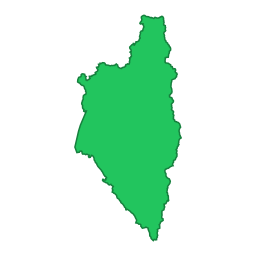 Umphang, Tak, Thailand
{"feature_id": "78962969B38032656496356", "entity_name": "Umphang", "entity_type": "district", "adm_level": 2, "iso_a3": "THA", "parent_name": "Thailand", "parent_adm1": "Tak", "projection": "albers", "projection_center": [98.923, 15.785], "detail": "fine", "context": "isolated", "style": "filled", "palette": "green", "viewbox_px": 256, "rotation_deg": 0, "n_neighbors": 0, "source": "geoboundaries", "source_scale": "gbopen_adm2", "svg_char_len": 5785}
<svg xmlns="http://www.w3.org/2000/svg" viewBox="0 0 256 256"><path d="M180.6,127.2L179.6,123.9L178.3,122.5L176.6,122.0L176.5,121.7L175.5,121.6L174.7,121.2L174.7,120.1L173.5,119.3L173.6,118.7L173.3,118.4L173.6,116.9L173.4,116.3L173.9,115.2L173.1,114.4L173.0,113.8L173.6,111.9L173.2,111.1L172.0,110.4L171.9,109.7L171.5,109.4L172.0,108.0L172.0,107.2L171.5,106.6L171.7,105.4L171.4,104.7L171.6,103.8L173.3,102.0L173.5,100.9L173.0,100.0L172.3,99.6L172.1,98.2L171.6,97.6L170.6,97.5L170.5,97.2L169.6,97.0L169.5,96.5L169.5,95.0L170.4,94.7L170.8,93.5L171.6,93.1L172.0,91.8L171.7,88.9L170.9,86.9L171.2,83.0L171.7,81.6L171.7,80.3L172.0,79.8L173.6,79.1L175.0,78.7L175.6,77.6L176.6,76.7L176.4,76.0L177.2,74.1L176.7,73.7L176.6,73.0L175.7,72.7L175.2,71.8L175.2,71.2L175.6,70.7L175.5,69.3L175.2,68.9L174.7,68.7L173.0,68.9L172.2,66.6L171.0,66.6L170.6,64.7L169.6,64.3L168.4,63.3L165.7,62.9L165.1,62.3L165.2,61.5L165.0,61.1L165.3,58.7L165.2,57.9L166.1,57.6L166.2,57.3L166.6,57.4L168.3,57.2L168.7,54.1L169.3,53.0L169.3,51.3L170.5,50.4L170.7,49.0L170.3,47.2L169.4,46.6L169.1,45.3L167.8,44.1L167.6,43.1L166.0,42.0L166.0,41.5L165.7,40.5L165.0,40.0L164.8,39.3L164.7,37.6L164.3,36.5L164.5,35.4L163.7,33.5L164.1,32.2L165.2,31.3L165.7,30.4L165.1,29.1L165.6,27.8L165.4,27.7L165.3,25.6L164.5,25.4L164.2,25.0L163.8,25.0L163.6,24.0L164.1,22.1L163.6,21.5L163.8,20.2L163.4,19.3L163.6,18.2L162.7,16.6L161.8,16.3L160.9,16.7L160.9,17.0L160.6,17.2L159.8,17.2L159.5,17.6L158.5,18.0L157.1,18.1L155.0,17.3L153.8,18.5L152.4,17.8L151.5,17.8L151.1,17.4L150.3,17.7L148.5,16.7L146.0,16.5L144.7,15.4L143.4,15.4L141.5,16.6L141.3,17.9L141.9,19.2L141.3,21.4L140.4,22.2L139.9,23.3L140.4,24.0L141.9,23.7L143.0,23.9L142.7,24.5L143.4,25.2L143.6,26.2L143.9,26.6L143.8,27.4L143.4,27.9L142.6,30.8L141.2,31.0L140.2,32.5L140.5,33.3L139.5,36.9L140.1,37.6L140.2,38.1L139.3,39.2L139.0,40.6L138.4,41.1L137.3,41.7L136.0,41.8L136.0,42.6L135.0,43.4L135.0,44.0L134.4,45.1L134.1,45.1L133.8,43.9L133.3,43.5L132.9,44.4L132.0,44.7L129.7,47.1L129.8,48.1L130.1,48.9L130.8,49.3L131.3,51.2L131.0,51.8L130.4,51.7L130.0,52.1L131.2,53.2L131.0,54.0L131.4,55.3L131.4,56.4L130.7,56.8L130.6,57.5L129.4,58.0L129.5,58.5L130.0,58.9L129.7,60.1L129.6,61.5L129.3,61.9L129.6,62.7L128.9,64.2L127.7,63.8L127.3,64.3L126.0,64.5L125.4,65.5L125.6,66.2L124.3,67.2L123.2,67.2L122.7,67.7L122.1,67.7L121.3,68.5L119.8,68.1L118.4,67.3L117.7,65.9L117.6,65.0L116.9,64.7L116.4,64.0L115.4,64.5L114.8,65.5L114.2,65.3L112.5,65.6L111.6,65.4L110.3,65.9L108.3,65.2L105.6,64.9L105.0,63.4L104.1,62.8L102.5,62.7L101.1,63.5L100.1,63.2L100.0,64.0L98.5,64.3L99.0,65.5L98.4,67.1L97.5,67.0L96.5,67.3L97.0,68.6L97.9,69.5L97.9,70.1L97.4,71.2L95.2,72.5L95.2,73.0L95.8,73.5L95.9,73.9L95.2,74.5L94.4,74.6L92.4,75.5L92.0,75.5L91.7,76.4L90.3,76.2L89.3,76.3L89.4,77.0L90.1,78.5L89.4,78.7L89.1,79.4L88.3,79.6L87.1,80.5L86.8,80.1L86.1,80.0L85.6,77.2L86.2,76.6L85.0,75.8L84.7,74.3L82.8,73.8L81.8,74.0L81.1,74.8L81.1,76.2L80.8,76.7L78.7,77.4L77.8,79.7L77.6,81.9L78.3,82.5L80.1,83.3L80.6,84.4L81.7,85.0L82.0,85.4L82.9,85.4L84.1,86.4L84.6,88.6L85.6,90.0L85.6,91.5L86.1,92.1L86.1,93.0L85.7,94.4L85.0,94.4L83.5,95.5L83.1,97.3L83.2,99.4L82.5,100.3L82.4,101.1L81.7,103.2L81.9,104.4L82.6,105.4L82.5,105.8L82.6,108.0L83.4,109.2L83.9,109.4L83.7,111.2L84.6,111.7L85.5,111.0L86.4,111.0L80.4,125.2L78.6,131.0L74.9,147.1L76.9,152.6L79.4,152.2L80.1,151.1L81.6,151.2L81.8,151.3L82.3,153.7L82.7,154.1L84.5,154.0L85.8,154.7L86.9,154.1L88.2,154.9L89.3,155.2L88.5,156.7L89.1,157.5L90.3,157.3L90.3,156.9L91.0,156.3L91.7,155.3L93.1,156.2L94.0,157.9L94.2,160.0L94.9,160.9L95.5,162.7L96.6,163.3L96.8,164.3L97.9,166.4L101.3,170.2L101.6,171.0L102.1,171.3L104.1,175.2L104.7,175.7L104.9,176.3L105.9,176.8L106.6,177.8L105.6,178.6L105.9,179.3L105.7,179.9L104.6,180.1L103.0,179.2L102.5,180.1L102.9,180.8L103.5,181.5L104.8,182.0L105.9,182.7L107.7,183.2L108.1,184.2L109.1,184.9L109.7,184.9L110.9,184.3L111.7,185.4L113.1,186.2L113.3,186.6L112.8,186.9L112.2,188.8L113.0,190.1L112.5,190.6L112.5,191.2L112.2,192.1L113.6,192.7L113.8,193.2L114.6,193.4L116.6,195.4L116.8,196.7L117.3,198.1L118.9,199.1L119.9,200.9L120.6,201.2L120.9,202.6L122.7,204.0L124.2,206.1L124.4,206.9L125.6,207.9L125.9,209.8L126.3,209.9L127.0,209.3L127.5,209.4L130.1,211.2L131.4,212.7L133.0,213.7L135.0,216.5L135.3,217.5L136.7,220.1L135.8,222.9L137.9,223.3L138.6,224.1L140.1,224.2L140.8,224.7L140.9,226.4L141.5,226.8L141.8,227.6L142.4,228.2L145.2,227.6L145.9,227.1L148.2,228.2L148.2,229.6L149.6,232.8L149.8,235.9L151.0,237.3L151.1,238.5L153.3,240.6L154.2,239.4L154.7,239.4L155.3,239.9L156.6,239.7L156.6,238.2L157.4,237.0L157.1,236.3L157.7,235.4L157.1,233.3L157.3,231.8L157.8,231.1L157.3,229.7L158.4,228.7L159.7,228.3L159.8,226.7L159.5,226.2L159.7,225.5L159.2,224.8L160.0,223.9L160.5,222.2L163.1,220.4L163.0,218.8L162.1,218.5L161.8,217.8L161.7,216.4L162.1,214.9L161.8,214.3L162.0,213.7L161.7,213.2L162.0,212.2L161.8,211.5L162.3,210.7L164.0,209.7L164.0,208.7L164.6,207.3L164.3,206.7L164.6,206.4L164.2,205.8L164.3,204.6L164.0,204.2L165.9,203.6L167.1,200.9L168.1,201.1L168.7,200.4L168.7,200.1L168.2,199.8L168.4,199.2L168.3,195.8L167.6,195.3L167.7,194.4L167.4,192.7L166.8,192.4L167.3,189.5L167.2,188.4L167.9,187.9L167.6,186.9L167.7,186.3L169.8,183.4L170.3,181.2L169.3,178.9L167.4,178.0L166.0,176.2L165.9,173.4L165.2,172.8L164.8,170.7L165.5,169.2L166.0,169.2L167.0,168.5L168.3,168.3L170.2,166.8L172.3,165.8L173.1,165.7L172.5,164.3L172.8,163.2L173.5,162.4L173.6,160.4L175.3,159.7L175.9,157.8L176.9,156.4L177.0,153.8L176.3,153.2L177.0,150.9L176.1,149.8L176.6,149.5L176.6,148.8L177.1,148.4L177.3,146.8L178.0,146.3L178.2,145.3L178.9,144.7L178.4,144.1L178.8,142.0L178.7,141.3L179.2,139.6L180.0,138.6L181.1,138.0L181.0,137.2L180.4,136.7L180.1,135.3L179.6,134.8L179.5,132.8L179.0,131.1L179.4,129.0L179.8,128.5L179.9,127.9L180.6,127.2Z" fill="#22c55e" stroke="#15803d" stroke-width="1.5"/></svg>